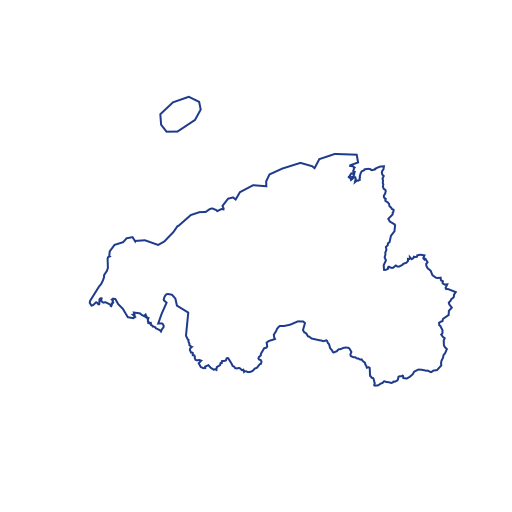 Serua, Central, Fiji (Albers equal-area conic projection), rotated 158°
{"feature_id": "14151628B68154180840071", "entity_name": "Serua", "entity_type": "district", "adm_level": 2, "iso_a3": "FJI", "parent_name": "Fiji", "parent_adm1": "Central", "projection": "albers", "projection_center": [177.939, -18.195], "detail": "fine", "context": "isolated", "style": "outline", "palette": "blue", "viewbox_px": 512, "rotation_deg": 158, "n_neighbors": 0, "source": "geoboundaries", "source_scale": "gbopen_adm2", "svg_char_len": 6091}
<svg xmlns="http://www.w3.org/2000/svg" viewBox="0 0 512 512"><g transform="rotate(158 256 256)"><path d="M194.8,92.0L194.6,91.5L193.7,91.0L191.1,90.3L188.0,91.0L186.4,90.8L184.5,91.8L183.8,91.7L182.2,90.2L180.9,89.7L177.9,87.5L176.1,87.6L175.6,88.1L174.1,87.4L171.5,87.7L170.6,88.4L169.1,90.7L168.0,90.7L165.7,89.9L164.9,90.2L164.6,89.7L165.1,87.6L162.1,85.9L158.6,86.4L154.9,87.7L152.7,89.5L148.1,89.9L145.0,88.5L140.7,85.6L139.7,85.4L137.6,83.0L136.9,82.7L134.4,83.3L130.9,82.4L125.2,85.1L124.6,87.3L123.4,89.2L120.7,91.7L119.2,93.9L117.1,95.0L113.9,98.2L115.1,101.0L115.2,102.9L113.5,107.6L111.9,108.9L111.9,109.4L113.0,110.9L113.7,113.8L112.5,114.2L111.8,115.0L110.9,117.4L111.3,122.0L112.0,123.1L111.3,125.5L109.2,125.9L107.5,125.7L106.4,127.4L105.6,127.8L99.5,129.1L97.7,132.9L93.8,134.8L94.9,138.6L94.7,140.6L92.7,141.4L91.1,142.8L88.3,143.6L87.3,144.9L87.0,145.9L84.3,147.7L90.3,153.4L92.1,154.1L92.2,155.4L89.3,158.1L91.9,158.9L93.1,160.6L93.2,161.1L92.2,162.4L92.3,163.0L93.4,163.7L93.6,164.4L92.9,166.7L96.0,167.6L97.4,168.6L99.6,172.2L99.6,177.0L101.5,180.4L101.7,183.1L101.2,184.9L99.3,185.9L99.3,186.3L100.0,190.0L100.4,190.3L101.2,189.7L101.7,191.3L99.6,193.5L103.1,195.6L106.2,196.2L107.0,195.0L108.8,195.4L109.9,196.2L111.0,195.0L112.9,194.8L113.8,197.3L114.3,195.9L115.2,195.7L116.2,196.4L116.9,194.5L119.1,193.4L122.3,193.6L123.7,192.9L127.3,192.6L128.8,193.2L129.9,194.8L133.5,193.7L134.8,194.2L136.8,196.3L137.3,196.4L137.9,196.0L138.1,194.9L138.7,194.6L141.3,194.6L142.5,195.2L141.0,199.7L137.2,203.2L137.2,206.6L135.5,208.8L134.8,210.8L132.8,212.8L132.2,215.7L129.7,216.7L129.0,218.3L127.0,218.8L123.3,224.2L118.3,227.1L115.5,232.5L115.6,233.3L119.1,238.0L119.4,240.9L113.7,243.4L113.0,245.0L112.1,245.4L111.1,247.4L112.5,248.8L112.5,250.2L113.6,252.1L113.1,254.4L113.8,256.5L115.3,258.4L115.2,259.6L114.3,260.3L115.4,262.3L114.9,264.0L112.9,265.5L111.4,267.5L111.3,268.9L112.4,270.4L112.4,272.7L111.1,274.8L111.1,276.2L109.9,278.5L109.7,280.4L107.6,282.3L108.3,283.9L108.2,285.9L107.4,287.3L105.3,288.7L103.8,291.3L107.5,292.4L111.9,292.4L112.9,292.2L113.0,291.7L116.3,292.1L117.0,292.6L117.3,293.6L119.3,294.8L122.9,295.7L123.6,295.0L126.3,294.9L128.0,293.5L130.0,290.9L130.1,289.9L130.9,289.3L131.2,287.7L133.3,287.6L134.0,288.2L136.6,287.4L134.6,290.3L134.5,291.8L135.4,292.0L135.9,293.0L137.2,293.3L137.2,291.7L139.4,290.9L139.3,293.0L140.5,294.2L140.2,294.7L138.9,294.8L138.7,295.5L136.6,296.9L135.2,296.4L135.2,294.8L134.9,294.3L134.5,294.6L134.5,295.2L133.0,297.0L133.8,297.5L134.1,298.4L132.8,299.7L132.3,300.8L131.5,301.1L132.4,302.7L135.0,304.3L134.6,304.8L126.3,304.5L124.7,312.2L144.7,321.1L161.0,322.1L168.8,315.5L170.3,318.2L179.9,325.7L198.7,327.2L212.9,326.6L218.6,321.4L220.3,316.8L232.1,322.7L247.0,321.2L253.7,316.0L255.3,318.9L260.4,319.6L268.3,315.0L268.2,312.3L268.7,311.4L270.5,312.5L275.1,312.1L275.6,313.4L278.6,316.4L280.9,316.9L286.2,315.7L291.9,317.8L301.1,318.4L316.5,313.0L317.6,313.1L323.5,309.2L335.6,303.8L342.6,302.9L353.1,312.2L362.0,315.1L362.5,314.7L363.4,319.7L369.3,320.9L374.0,318.6L383.0,319.3L389.9,315.1L392.1,310.9L391.8,310.4L393.6,310.3L394.6,309.1L397.8,300.4L399.9,298.0L404.0,295.2L404.8,293.3L407.1,290.7L410.1,288.0L413.1,286.4L426.7,276.5L427.7,274.9L427.1,271.6L425.4,271.5L421.6,273.0L420.9,272.4L420.3,270.3L419.8,270.0L419.4,270.0L419.0,270.7L417.4,274.4L416.5,274.9L415.4,274.9L415.0,274.5L416.1,273.2L416.2,272.1L415.6,270.6L414.9,269.9L413.3,269.7L412.5,269.1L409.8,266.1L409.2,264.9L409.4,264.1L409.0,263.7L407.6,265.2L407.4,266.1L406.4,266.0L405.7,266.6L405.9,267.6L405.4,268.3L406.0,269.6L404.4,270.0L402.5,268.7L401.8,263.0L399.2,256.8L397.8,247.3L393.1,244.3L390.9,244.7L392.1,247.6L390.6,247.1L390.4,249.3L385.1,246.3L384.1,244.3L382.4,242.3L380.3,243.1L380.3,241.6L381.3,241.2L381.3,240.8L380.2,239.7L379.7,239.7L379.0,238.8L380.1,238.4L379.9,237.5L380.7,236.2L380.4,235.5L381.0,234.3L380.5,234.0L380.2,234.8L379.8,234.2L380.0,233.7L378.6,233.4L378.7,233.0L379.3,233.2L379.3,231.5L378.2,230.3L378.2,229.3L377.3,228.9L376.1,227.7L376.0,226.6L372.9,223.2L372.4,221.6L370.7,223.3L368.4,224.6L367.7,225.9L368.0,228.2L368.8,228.9L372.0,230.0L365.1,237.8L356.4,246.2L358.0,249.4L357.9,250.1L356.3,252.2L354.7,253.5L353.3,254.0L351.9,253.8L348.4,251.5L346.7,246.7L347.9,239.6L340.0,228.9L350.8,208.3L350.5,204.2L350.0,203.5L350.7,201.9L350.6,199.5L351.2,198.3L350.3,196.9L350.2,196.0L349.7,195.7L351.6,195.0L352.2,194.3L352.5,193.7L352.4,190.7L351.5,190.5L350.9,189.7L351.8,187.7L350.4,186.9L350.4,185.6L351.0,184.4L351.0,182.4L349.9,181.4L347.5,180.8L346.0,179.5L349.3,178.0L348.8,173.8L346.9,171.8L345.1,171.1L344.6,172.5L341.0,172.6L339.9,169.4L337.8,166.4L336.4,166.4L335.4,165.2L333.9,167.7L330.2,168.3L329.0,170.0L327.9,169.6L327.0,171.3L324.3,170.5L322.9,170.5L321.6,172.1L320.6,172.1L320.0,171.5L318.9,164.8L318.9,162.8L317.7,161.6L317.3,159.7L315.7,158.9L313.7,158.6L312.9,157.7L311.8,155.4L310.3,155.3L310.5,153.0L309.6,153.4L308.2,152.7L307.2,151.5L305.1,150.7L302.2,150.7L299.2,152.1L297.0,152.0L293.2,154.2L291.8,154.2L290.6,155.7L290.5,156.9L290.5,157.6L292.0,159.0L292.1,160.1L291.2,161.2L288.7,162.1L288.2,163.4L283.0,167.4L280.6,167.1L279.4,168.1L278.6,171.7L275.9,172.4L269.5,171.9L269.6,173.8L269.0,176.3L265.4,178.9L263.9,180.5L261.7,181.7L260.2,182.2L256.2,180.6L250.1,179.5L241.7,179.7L236.8,177.6L235.7,175.5L240.2,169.7L239.9,167.3L238.4,165.4L237.9,162.0L236.9,161.3L235.3,158.6L228.0,153.6L227.1,153.3L225.9,152.0L224.7,151.6L222.4,151.5L221.9,150.6L222.0,148.6L221.3,146.8L221.8,142.9L220.8,139.7L220.8,138.4L220.3,137.5L216.6,137.4L215.6,138.1L213.9,138.5L212.7,138.0L209.2,138.0L206.8,137.4L204.6,136.2L204.0,134.9L203.5,131.3L205.4,129.3L205.6,127.7L203.5,125.6L201.8,124.8L200.7,123.1L199.5,122.6L198.2,120.9L196.8,120.6L196.4,118.7L194.9,116.1L195.3,114.6L194.9,113.0L195.1,110.9L193.2,110.7L192.5,109.6L195.0,102.6L195.1,101.9L194.5,101.1L194.5,99.9L193.1,98.9L193.0,98.3L193.6,93.5L194.8,92.0ZM291.6,423.3L294.8,413.3L292.4,404.8L282.3,400.8L261.6,405.0L252.4,412.5L251.0,420.2L258.7,428.8L275.4,429.6L291.6,423.3Z" fill="none" stroke="#1e3a8a" stroke-width="2"/></g></svg>